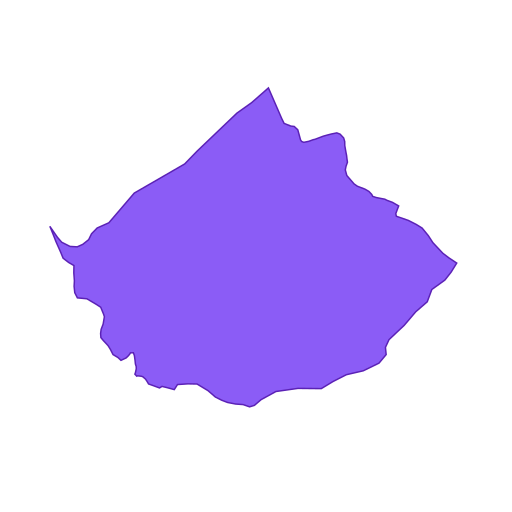 the district of Bocaranga, Ouham-Pendé, Central African Republic, rotated 246°
{"feature_id": "33826404B56355179164788", "entity_name": "Bocaranga", "entity_type": "district", "adm_level": 2, "iso_a3": "CAF", "parent_name": "Central African Republic", "parent_adm1": "Ouham-Pendé", "projection": "mercator", "projection_center": [15.797, 6.756], "detail": "fine", "context": "isolated", "style": "filled", "palette": "violet", "viewbox_px": 512, "rotation_deg": 246, "n_neighbors": 0, "source": "geoboundaries", "source_scale": "gbopen_adm2", "svg_char_len": 1920}
<svg xmlns="http://www.w3.org/2000/svg" viewBox="0 0 512 512"><g transform="rotate(246 256 256)"><path d="M243.7,406.7L249.5,402.5L253.7,398.2L255.5,396.8L258.2,392.9L260.6,389.5L263.1,386.8L265.1,386.8L269.1,385.4L272.8,382.7L278.5,377.0L282.0,374.9L292.6,371.7L298.3,372.6L301.3,374.7L304.5,377.7L307.7,378.6L311.2,379.7L313.5,380.2L320.7,382.0L324.5,383.6L328.2,384.1L333.1,382.4L335.6,379.9L336.8,374.5L337.5,370.3L338.1,366.2L338.3,362.8L338.6,357.4L339.0,355.5L339.3,350.9L340.4,345.9L342.0,344.3L343.7,343.9L345.1,344.1L349.6,344.8L354.3,345.5L358.8,343.6L360.5,340.7L365.7,335.6L371.3,335.4L404.5,335.7L397.9,314.5L394.3,296.7L375.8,245.0L369.1,228.3L363.0,170.4L346.2,135.1L346.2,122.3L343.2,114.8L339.0,109.8L337.1,102.5L337.1,96.4L340.4,90.0L347.6,84.1L353.9,82.2L367.0,79.7L364.7,79.7L356.7,79.4L350.6,79.1L345.9,79.1L339.0,79.1L332.4,78.9L326.3,82.2L321.3,85.8L314.7,82.7L307.2,80.0L302.3,77.5L296.2,75.5L290.4,75.8L285.7,84.1L277.4,90.0L272.4,93.3L265.0,93.1L262.2,92.8L255.9,88.6L252.0,84.7L248.4,82.5L244.5,81.1L240.7,82.2L234.3,84.4L229.9,85.0L224.1,85.3L219.4,88.6L215.6,90.2L215.7,95.9L216.6,98.4L217.7,100.7L218.6,101.9L217.5,104.6L214.5,104.4L209.7,103.0L206.4,101.9L203.7,101.6L201.6,100.7L198.6,98.5L197.3,97.3L194.7,98.2L194.7,99.1L192.7,102.5L191.7,103.5L188.5,105.0L185.5,105.5L182.8,105.8L179.0,109.8L174.7,114.2L175.1,117.1L171.7,121.5L167.2,127.0L170.5,132.0L166.9,141.8L163.0,150.1L152.5,157.4L143.7,161.5L138.2,166.0L133.8,170.4L129.1,177.1L125.5,183.8L120.8,188.8L120.2,193.8L122.7,202.2L124.1,219.1L118.0,240.5L108.3,261.7L110.0,275.3L110.8,290.3L107.5,307.3L108.1,324.8L113.0,334.8L119.9,337.1L125.5,343.5L132.4,363.2L140.1,379.3L144.5,393.8L153.9,403.0L157.2,418.8L161.9,427.7L167.9,436.5L176.1,431.3L182.5,427.8L196.3,423.0L204.5,421.7L214.0,419.1L219.7,415.2L226.6,409.6L235.2,400.4L237.8,400.9L241.4,404.4L243.7,406.7Z" fill="#8b5cf6" stroke="#5b21b6" stroke-width="1.5"/></g></svg>